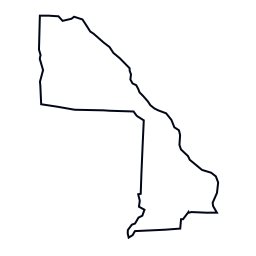 Mangilao, Guam (Albers equal-area conic projection), rotated 272°
{"feature_id": "77769853B74833203647496", "entity_name": "Mangilao", "entity_type": "district", "adm_level": 2, "iso_a3": "GUM", "parent_name": "Guam", "parent_adm1": "", "projection": "albers", "projection_center": [144.825, 13.463], "detail": "fine", "context": "isolated", "style": "outline", "palette": "ink", "viewbox_px": 256, "rotation_deg": 272, "n_neighbors": 0, "source": "geoboundaries", "source_scale": "gbopen_adm2", "svg_char_len": 1272}
<svg xmlns="http://www.w3.org/2000/svg" viewBox="0 0 256 256"><g transform="rotate(272 128 128)"><path d="M26.0,131.4L22.7,131.4L18.5,132.5L21.1,136.4L25.2,138.5L27.6,168.0L27.8,169.9L29.3,183.7L38.7,184.2L38.8,186.2L45.9,191.2L45.3,191.3L46.2,194.2L46.1,209.9L46.5,219.8L52.9,215.8L56.2,215.2L66.3,219.2L75.3,219.9L76.7,220.0L82.7,217.5L86.2,212.7L88.7,203.4L91.7,199.5L98.3,190.9L102.1,188.9L104.6,186.0L107.0,183.3L108.4,181.7L112.9,180.0L122.5,180.3L123.5,180.1L127.5,179.0L130.3,174.3L137.6,171.1L139.6,169.4L144.0,165.6L146.7,157.6L148.4,153.8L151.6,149.5L154.2,147.7L155.3,146.9L160.5,142.0L164.0,138.3L167.5,136.8L171.1,134.7L172.7,131.0L176.5,128.7L181.7,129.1L185.2,127.7L187.8,127.5L189.2,126.0L197.4,117.4L202.6,110.7L207.6,107.2L208.2,106.8L212.7,100.5L221.1,90.2L223.1,86.9L228.5,83.2L234.9,78.7L237.3,70.2L235.2,67.7L232.8,58.9L237.2,54.6L237.5,44.7L237.2,36.0L203.2,36.3L197.8,38.1L196.6,37.8L194.0,37.4L182.9,41.1L171.2,38.4L167.4,38.9L148.7,40.4L146.8,56.7L144.4,74.0L144.4,75.5L144.8,103.1L144.6,108.9L144.7,133.0L140.8,136.0L140.0,137.0L136.2,143.5L109.2,143.2L82.7,143.0L76.0,143.0L62.7,143.0L62.1,140.5L55.8,142.3L49.7,141.7L46.9,147.3L40.9,145.4L38.8,141.6L32.8,138.4L31.5,135.2L26.0,131.4Z" fill="none" stroke="#020617" stroke-width="2"/></g></svg>